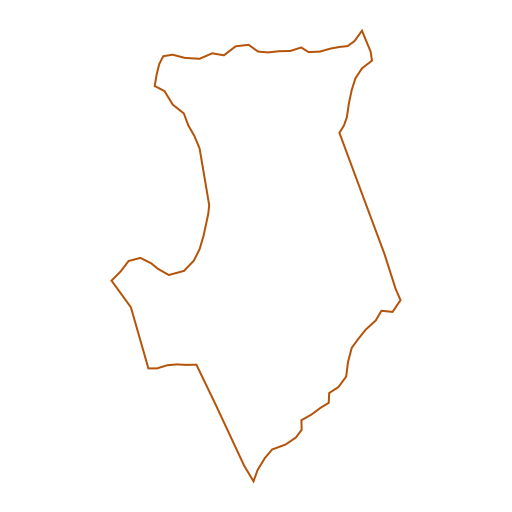 Pilar, Paraíba, Brazil (orthographic projection)
{"feature_id": "56859067B15568189766484", "entity_name": "Pilar", "entity_type": "district", "adm_level": 2, "iso_a3": "BRA", "parent_name": "Brazil", "parent_adm1": "Paraíba", "projection": "orthographic", "projection_center": [-35.268, -7.284], "detail": "fine", "context": "isolated", "style": "outline", "palette": "amber", "viewbox_px": 512, "rotation_deg": 0, "n_neighbors": 0, "source": "geoboundaries", "source_scale": "gbopen_adm2", "svg_char_len": 1153}
<svg xmlns="http://www.w3.org/2000/svg" viewBox="0 0 512 512"><path d="M253.5,481.3L257.6,470.0L264.8,458.1L272.1,449.5L285.6,444.5L295.9,437.5L301.7,429.7L301.4,420.2L311.2,414.7L321.0,407.5L328.7,402.9L329.2,393.0L338.5,387.0L346.2,376.5L348.0,362.1L351.7,347.9L358.3,338.9L365.7,329.6L375.8,320.4L381.4,310.8L392.6,311.9L400.5,300.1L395.6,288.8L384.4,253.8L364.3,199.9L339.4,132.8L344.0,125.4L346.8,117.4L349.0,102.8L351.7,90.1L355.4,78.4L362.0,68.3L372.0,60.6L370.6,51.6L367.4,43.8L362.0,30.7L354.5,41.1L347.6,46.1L339.1,47.0L330.5,48.6L319.8,51.6L308.6,52.1L301.2,47.5L290.2,51.0L279.3,51.2L268.1,52.4L258.1,51.6L248.6,44.8L235.7,46.3L223.9,55.3L212.2,53.3L199.6,58.8L184.9,57.9L172.6,54.7L163.3,56.2L159.3,63.9L156.8,73.8L154.7,86.0L164.5,91.1L172.8,104.7L183.8,113.4L188.4,125.6L194.3,135.8L199.6,148.5L209.2,205.2L208.2,214.2L206.1,223.9L203.6,235.6L199.6,249.2L193.8,260.7L184.0,270.9L168.8,275.0L157.9,268.8L151.2,263.3L140.4,257.9L128.6,261.0L120.6,271.5L111.5,280.6L130.9,307.3L148.4,368.4L157.0,368.4L167.4,365.2L177.2,364.4L185.8,364.9L196.4,364.7L215.5,404.3L244.1,465.6L253.5,481.3Z" fill="none" stroke="#b45309" stroke-width="2"/></svg>